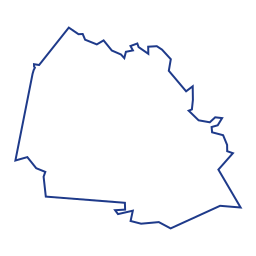 Fayette, West Virginia, United States of America (Albers equal-area conic projection)
{"feature_id": "52423323B52467721983842", "entity_name": "Fayette", "entity_type": "district", "adm_level": 2, "iso_a3": "USA", "parent_name": "United States of America", "parent_adm1": "West Virginia", "projection": "albers", "projection_center": [-81.045, 38.041], "detail": "fine", "context": "isolated", "style": "outline", "palette": "blue", "viewbox_px": 256, "rotation_deg": 0, "n_neighbors": 0, "source": "geoboundaries", "source_scale": "gbopen_adm2", "svg_char_len": 811}
<svg xmlns="http://www.w3.org/2000/svg" viewBox="0 0 256 256"><path d="M68.8,27.6L39.1,65.0L34.0,64.2L34.1,66.6L34.9,67.7L33.7,70.0L32.6,73.7L15.4,160.5L27.3,157.1L36.2,168.2L45.3,171.9L43.6,176.7L45.8,196.6L124.9,202.8L125.1,209.6L115.1,210.2L118.0,214.1L132.8,210.7L130.6,221.0L141.1,223.7L158.8,222.1L170.6,228.4L220.1,205.8L240.6,207.5L218.4,169.6L232.9,153.2L227.2,151.2L227.1,144.9L223.1,135.2L212.1,132.3L211.6,127.0L217.7,125.3L222.1,118.1L215.2,117.3L209.8,122.3L198.6,120.3L188.7,110.7L191.9,109.4L192.9,99.9L192.7,86.3L186.1,91.3L168.8,70.8L170.8,59.2L162.0,49.6L156.8,46.2L148.2,46.7L148.3,53.8L138.6,47.1L137.3,43.5L130.5,46.0L132.9,50.4L125.9,51.8L124.3,58.1L121.0,54.5L111.8,50.5L103.6,40.4L96.8,44.4L85.1,39.7L82.7,34.0L78.5,34.2L68.8,27.6Z" fill="none" stroke="#1e3a8a" stroke-width="2"/></svg>